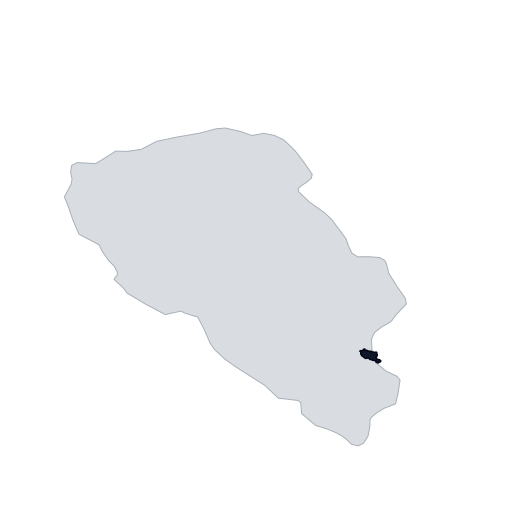 location of Yalang, Tashi Yangtse, Bhutan, rotated 38°
{"feature_id": "84629894B30555243283294", "entity_name": "Yalang", "entity_type": "district", "adm_level": 2, "iso_a3": "BTN", "parent_name": "Bhutan", "parent_adm1": "Tashi Yangtse", "projection": "orthographic", "projection_center": [91.668, 27.462], "detail": "fine", "context": "in_parent", "style": "filled", "palette": "ink", "viewbox_px": 512, "rotation_deg": 38, "n_neighbors": 0, "source": "geoboundaries", "source_scale": "gbopen_adm2", "svg_char_len": 4263}
<svg xmlns="http://www.w3.org/2000/svg" viewBox="0 0 512 512"><g transform="rotate(38 256 256)"><path d="M402.8,223.3L402.1,226.3L398.7,234.5L396.5,243.4L398.3,250.6L405.9,259.3L416.1,266.2L429.1,266.7L441.1,264.0L445.9,265.1L452.4,276.6L457.0,286.6L450.8,297.0L447.4,306.0L446.2,312.5L446.9,315.2L450.8,320.4L455.3,329.3L456.0,337.5L453.2,342.9L447.0,345.6L440.4,344.8L434.9,344.9L428.1,345.9L417.5,348.9L407.6,352.8L389.0,352.1L381.5,344.0L378.0,344.0L361.1,354.3L342.7,352.5L309.1,355.8L295.1,356.5L280.7,355.2L273.4,352.9L259.9,345.5L247.7,340.0L235.2,344.8L230.8,345.6L220.6,358.0L198.9,361.9L177.2,364.6L170.8,362.8L158.6,361.9L158.2,359.0L158.6,356.1L155.9,353.8L151.0,351.4L142.5,350.3L131.7,346.9L125.4,343.8L103.2,347.8L90.4,340.9L75.9,331.5L68.6,327.4L66.2,313.3L63.7,308.7L58.1,303.8L55.0,298.1L57.7,292.4L72.5,282.1L73.7,279.6L80.9,259.7L90.4,252.6L99.8,242.7L107.1,226.8L120.8,210.6L135.9,194.0L146.2,180.4L153.0,174.1L167.0,167.5L178.6,163.6L186.7,154.5L196.4,149.6L206.4,147.4L221.0,148.8L234.8,152.3L250.0,157.0L251.7,160.7L250.3,167.3L248.0,173.9L247.9,177.3L250.2,179.1L265.1,180.6L283.3,179.7L293.5,180.7L316.3,187.0L322.9,191.3L329.8,194.7L336.6,194.1L345.3,187.1L354.4,181.1L360.0,180.2L364.0,182.1L371.3,187.9L386.3,193.3L399.7,197.4L404.0,201.2L402.5,217.7L402.8,223.3Z" fill="#d9dde1" stroke="#a8b0b8" stroke-width="1"/><path d="M402.2,269.4L402.3,269.4L402.6,269.4L402.9,269.4L403.1,269.4L403.2,269.5L403.6,269.5L403.8,269.5L404.0,269.5L404.4,269.4L404.6,269.3L404.9,269.3L405.0,269.3L405.3,269.3L405.4,269.2L405.6,269.0L405.7,268.9L405.8,268.8L406.0,268.7L406.2,268.3L406.3,268.2L406.5,267.9L406.8,267.8L407.0,267.7L407.2,267.4L407.3,267.4L407.5,267.3L407.5,267.2L407.8,267.0L408.0,267.1L408.4,267.2L408.5,267.2L408.7,267.3L408.8,267.3L409.0,267.4L409.2,267.5L409.3,267.5L409.5,267.4L409.6,267.1L410.0,266.8L410.2,266.7L410.4,266.8L410.6,266.8L410.8,266.7L411.0,266.6L411.3,266.5L411.5,266.5L411.7,266.4L411.8,266.4L412.0,266.4L412.3,266.2L412.7,266.0L412.8,265.9L413.0,265.9L413.3,265.7L413.5,265.6L413.8,265.3L413.9,265.2L414.1,265.1L414.3,265.1L414.6,265.1L414.8,265.1L415.0,265.1L415.4,265.4L415.6,265.6L415.8,265.7L416.1,265.5L416.3,265.4L416.5,265.4L416.7,265.5L416.9,265.5L417.1,265.4L417.4,265.4L417.6,265.4L417.8,265.3L418.0,265.2L418.1,264.7L418.3,264.4L418.6,264.1L418.8,263.7L419.0,263.4L419.0,263.2L418.9,263.1L418.9,262.9L418.9,262.7L419.0,262.4L419.0,262.2L419.0,261.9L418.9,261.9L418.7,261.9L418.4,261.8L418.1,261.8L417.9,261.7L417.7,261.7L417.4,261.7L417.2,261.6L417.0,261.8L416.9,261.9L416.8,262.0L416.7,262.1L416.4,262.2L416.2,262.3L415.8,262.4L415.6,262.4L415.2,262.5L414.9,262.6L414.7,262.6L414.4,262.6L414.2,262.5L413.9,262.3L413.3,262.2L413.0,262.1L412.7,261.8L412.7,261.6L412.8,261.3L413.0,260.6L413.0,260.4L412.8,260.0L412.5,259.3L412.4,259.2L412.2,258.9L411.8,258.8L411.6,258.7L411.4,258.6L411.1,258.4L410.8,258.1L410.7,258.0L410.7,257.8L410.6,257.7L410.3,257.6L410.1,257.7L410.0,257.8L409.9,257.8L409.6,257.9L409.5,258.0L409.3,258.3L409.2,258.5L409.2,258.8L409.0,259.0L408.9,259.1L408.7,259.2L408.4,259.2L408.2,259.4L407.9,259.4L407.7,259.3L407.4,259.5L407.2,259.6L406.9,259.8L406.6,260.0L406.3,260.4L406.1,260.4L406.0,260.5L405.2,260.5L405.2,260.4L405.0,260.5L404.9,260.6L404.7,260.8L404.4,260.9L404.0,261.3L403.8,261.3L403.5,261.4L403.4,261.4L403.3,261.5L403.1,261.6L402.9,261.9L402.6,262.0L402.2,262.0L401.9,262.1L401.7,262.1L401.4,262.0L401.2,262.1L401.1,262.3L400.8,262.6L400.7,262.7L400.5,262.9L400.4,262.9L400.2,263.0L399.6,263.2L399.4,263.2L399.3,262.8L399.2,262.4L398.9,262.4L398.9,262.5L398.7,262.6L398.6,262.9L398.4,263.1L398.2,263.4L398.1,263.6L398.1,263.9L398.3,264.3L398.2,264.6L398.1,264.8L398.0,265.0L397.9,265.1L397.9,265.3L397.9,265.5L397.7,265.9L397.6,266.0L397.4,266.0L397.2,266.1L396.9,266.2L396.7,266.2L396.6,266.3L396.5,266.5L396.5,266.8L396.4,266.9L396.4,267.0L396.5,267.0L396.7,266.9L397.1,267.0L397.3,267.0L397.5,267.2L397.7,267.3L397.8,267.4L397.9,267.5L398.0,267.6L398.2,267.8L398.3,268.0L398.5,268.2L398.6,268.3L398.9,268.6L399.0,268.7L399.2,268.9L399.3,268.9L399.5,269.0L399.8,269.1L400.0,269.1L400.3,269.1L400.5,269.1L400.8,269.3L400.8,269.5L401.0,269.5L401.3,269.4L401.6,269.4L401.8,269.3L402.0,269.4L402.2,269.4Z" fill="#0f172a" stroke="#020617" stroke-width="1.5"/></g></svg>